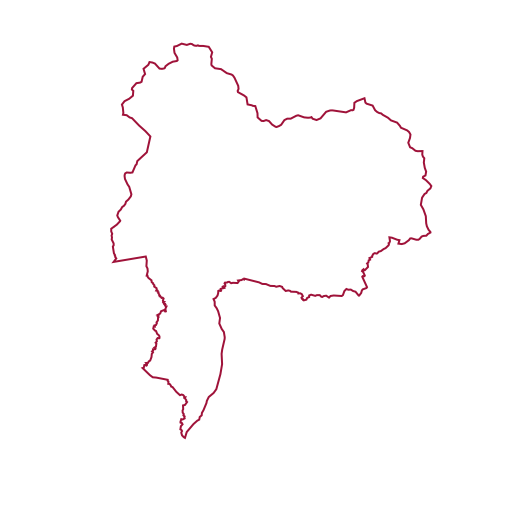 Pablo Sexto, Morona Santiago, Ecuador (Natural Earth projection), rotated 103°
{"feature_id": "8360857B79368212574342", "entity_name": "Pablo Sexto", "entity_type": "district", "adm_level": 2, "iso_a3": "ECU", "parent_name": "Ecuador", "parent_adm1": "Morona Santiago", "projection": "natural_earth1", "projection_center": [-78.197, -1.841], "detail": "fine", "context": "isolated", "style": "outline", "palette": "rose", "viewbox_px": 512, "rotation_deg": 103, "n_neighbors": 0, "source": "geoboundaries", "source_scale": "gbopen_adm2", "svg_char_len": 6074}
<svg xmlns="http://www.w3.org/2000/svg" viewBox="0 0 512 512"><g transform="rotate(103 256 256)"><path d="M92.5,196.2L95.8,200.6L96.9,214.2L97.5,216.5L99.7,220.1L107.4,224.1L109.9,227.6L109.5,231.7L108.2,233.2L108.9,234.2L109.6,236.4L110.1,240.3L109.4,246.6L110.3,248.3L114.4,253.1L115.2,256.5L117.2,258.9L122.5,261.0L124.2,262.8L125.7,265.0L125.7,266.0L124.3,269.9L121.6,273.7L121.3,276.7L122.8,279.0L123.1,281.0L120.6,285.6L116.5,286.7L110.1,290.4L110.4,292.8L110.1,294.0L110.2,298.3L103.6,301.0L102.3,303.7L100.4,310.4L99.3,311.0L97.1,310.6L94.2,311.6L87.1,317.1L85.3,319.1L84.7,320.6L84.4,325.6L81.8,332.1L82.3,338.2L80.3,342.1L79.1,342.7L73.8,343.4L72.1,344.7L67.4,344.5L62.8,349.1L63.2,354.7L64.1,358.8L63.8,360.0L64.5,361.0L64.8,362.7L64.7,364.1L63.9,366.1L64.0,367.8L65.9,370.9L65.8,376.2L69.2,380.3L70.3,382.7L72.4,382.6L76.4,381.1L80.3,377.4L82.9,376.4L83.8,377.0L85.4,380.8L88.4,384.4L91.5,386.9L93.2,387.1L93.9,387.7L94.8,389.7L95.1,392.2L91.2,397.8L90.8,400.5L91.0,403.4L93.9,403.9L98.9,407.7L103.7,405.0L106.8,406.7L112.0,406.7L113.1,407.9L114.5,411.4L120.2,414.5L121.7,414.4L122.7,412.7L127.5,412.0L131.3,414.9L134.7,418.9L138.6,420.7L141.2,419.2L146.5,417.4L148.3,417.4L147.9,413.7L149.4,410.3L149.6,407.8L155.2,399.2L159.2,391.9L163.3,385.8L179.5,385.7L190.2,393.0L193.6,393.0L194.7,393.8L202.4,395.2L203.2,397.2L203.7,400.7L204.9,402.0L206.0,402.2L207.5,402.1L210.4,401.0L215.2,397.2L217.1,395.1L223.9,391.3L226.1,391.4L229.8,393.1L232.3,394.9L234.6,395.0L236.7,395.9L238.4,397.4L241.2,398.2L243.8,399.9L247.7,400.3L249.2,399.3L252.2,396.2L252.7,396.3L256.8,398.7L262.0,403.2L264.6,402.6L266.7,401.1L268.6,401.3L270.3,400.5L272.4,400.3L275.7,397.6L277.5,397.1L279.0,397.6L285.4,395.0L286.7,393.7L287.4,393.7L287.9,393.0L288.7,392.9L289.8,391.6L293.8,393.4L281.3,363.3L285.0,361.4L290.6,360.5L292.6,358.9L295.3,358.0L299.7,358.1L299.6,357.3L300.5,357.0L301.6,355.8L303.2,352.4L305.0,351.7L305.7,350.1L306.4,349.9L307.4,348.4L308.7,348.3L309.7,345.7L311.1,345.1L312.1,345.4L312.0,344.0L313.0,343.8L313.3,342.8L314.3,342.8L315.3,341.5L316.2,341.4L316.4,340.6L317.0,340.6L317.1,339.7L318.1,338.6L317.6,337.6L318.2,336.5L320.4,336.7L321.2,336.3L321.3,335.3L322.1,336.0L323.0,335.0L323.0,334.1L323.7,334.3L323.9,333.3L324.6,333.5L325.4,332.7L325.3,331.9L327.9,332.4L330.2,331.4L330.5,332.0L329.4,333.5L331.2,336.1L333.6,336.4L335.7,338.7L336.0,337.7L337.1,338.1L337.5,337.2L338.4,337.5L340.9,337.1L343.0,338.0L343.7,337.5L345.7,337.9L346.4,339.2L347.5,338.7L347.6,339.8L349.9,339.8L351.4,337.6L351.6,336.5L354.1,334.8L355.0,333.0L356.0,332.0L357.6,331.6L358.0,331.9L358.1,333.4L359.8,334.1L361.4,333.4L363.1,334.3L363.7,333.4L366.8,333.1L368.0,334.3L368.4,333.2L368.9,333.0L369.5,333.3L370.1,335.4L371.4,335.0L372.3,335.8L373.1,334.7L374.8,335.5L378.0,335.1L381.7,335.6L382.8,336.8L384.3,337.1L385.0,339.1L386.2,337.8L387.1,337.8L387.5,338.2L387.1,339.5L387.4,340.3L390.0,340.2L390.7,341.3L396.0,332.5L397.4,329.3L396.9,325.8L396.5,314.2L397.5,314.0L398.0,313.1L400.3,312.7L400.1,311.4L401.3,309.9L402.3,309.3L402.5,307.8L406.2,303.2L408.7,298.8L407.7,297.2L407.9,295.6L408.9,294.3L410.1,294.1L409.7,293.1L410.6,293.3L412.2,291.5L413.2,291.4L413.8,290.3L417.1,291.7L418.0,293.5L421.6,292.5L423.0,292.8L425.1,292.2L426.3,290.8L427.6,290.9L428.3,289.5L428.9,289.7L430.3,289.0L431.8,290.7L431.8,292.1L434.8,292.3L435.4,292.0L435.3,290.8L436.5,289.7L438.7,290.9L441.9,290.7L442.3,289.5L443.2,288.7L444.8,289.1L445.5,288.8L447.4,287.7L448.8,285.6L449.2,284.3L443.1,283.9L433.8,279.1L429.7,276.2L428.2,274.5L425.5,274.6L423.5,273.1L421.0,273.4L418.1,272.5L410.4,271.2L408.3,271.3L404.0,270.3L399.0,266.5L394.7,264.7L379.2,264.1L369.0,264.7L359.1,267.5L354.8,267.9L343.9,267.9L342.2,268.2L337.3,270.2L334.8,273.0L330.0,276.6L324.5,277.1L318.3,280.5L315.7,282.6L313.5,285.1L309.8,286.0L307.5,287.7L305.9,285.8L303.2,284.6L300.7,284.5L298.5,284.9L298.1,284.4L298.0,282.4L297.6,282.2L296.6,283.1L296.0,283.1L294.4,280.0L293.5,281.5L292.8,281.0L292.8,279.4L292.2,279.1L290.7,279.6L289.7,280.5L288.9,280.2L288.4,278.3L287.6,277.5L287.2,276.3L288.1,274.1L287.3,272.4L286.5,267.9L284.7,267.1L283.9,267.9L282.7,264.7L281.5,263.5L281.6,262.3L280.7,262.3L281.0,247.1L281.8,243.6L281.1,240.0L281.9,235.3L281.1,231.2L281.4,229.4L279.9,226.2L280.2,223.6L281.3,222.8L283.4,219.2L282.3,216.8L282.3,215.0L282.9,213.9L281.9,208.7L282.2,206.7L283.0,206.3L282.4,204.6L282.8,202.9L284.6,201.3L286.4,202.3L287.4,201.6L287.5,200.5L288.3,200.2L288.5,199.5L287.2,197.1L285.3,196.7L284.1,195.0L282.5,195.3L281.3,193.6L281.5,189.3L280.5,188.0L279.8,185.1L281.0,183.2L281.0,182.2L279.8,181.0L278.9,178.7L280.1,175.5L278.2,174.4L277.0,171.4L275.7,163.5L274.5,162.5L270.3,162.0L267.8,160.5L268.1,158.5L267.4,156.1L268.3,153.5L268.4,151.0L271.5,147.0L271.4,146.6L268.4,145.2L265.8,145.1L264.5,144.5L262.4,141.2L261.4,140.8L252.3,147.8L251.6,147.5L251.3,145.8L250.6,145.6L247.5,148.0L246.9,149.3L245.8,149.1L244.7,148.2L245.6,147.3L245.4,146.8L241.5,144.4L239.2,145.2L238.3,146.1L237.1,145.1L234.9,145.2L233.9,144.0L232.5,145.0L230.7,142.6L229.6,142.8L227.5,142.1L226.5,140.9L226.5,139.0L226.1,138.4L224.2,137.4L223.1,135.4L220.5,133.2L219.2,131.5L215.7,129.2L214.9,129.1L213.7,129.7L213.1,129.0L211.4,128.8L207.8,130.2L207.6,127.6L208.4,122.1L208.3,119.8L211.9,120.0L211.6,116.7L210.2,114.0L206.2,110.6L204.2,109.7L203.8,108.4L204.1,103.5L203.7,101.6L202.7,100.5L199.8,99.0L198.8,97.5L197.9,94.6L195.9,93.5L193.9,91.3L193.3,91.5L191.7,93.7L188.6,96.2L185.9,97.5L179.0,99.5L172.9,103.4L169.1,106.9L161.8,107.3L157.6,105.7L156.3,104.2L153.9,103.6L150.9,101.3L148.4,100.9L146.7,102.9L143.8,107.6L142.5,111.0L141.1,111.0L139.4,109.0L135.5,109.2L132.1,111.4L127.2,113.5L122.9,114.0L121.6,115.7L119.8,116.8L116.3,117.4L117.5,122.0L117.6,124.3L115.8,128.0L115.4,130.3L111.4,133.1L106.4,132.5L102.9,132.8L100.8,134.7L99.6,137.0L98.4,143.6L96.8,145.1L94.3,148.5L93.5,155.0L91.6,158.5L89.9,164.3L88.9,166.1L89.0,168.1L88.4,170.4L87.2,172.7L83.2,176.2L82.7,182.5L81.9,183.9L77.9,185.8L82.4,192.6L84.6,194.6L89.5,193.7L91.7,193.9L92.3,194.7L92.5,196.2Z" fill="none" stroke="#9f1239" stroke-width="2"/></g></svg>